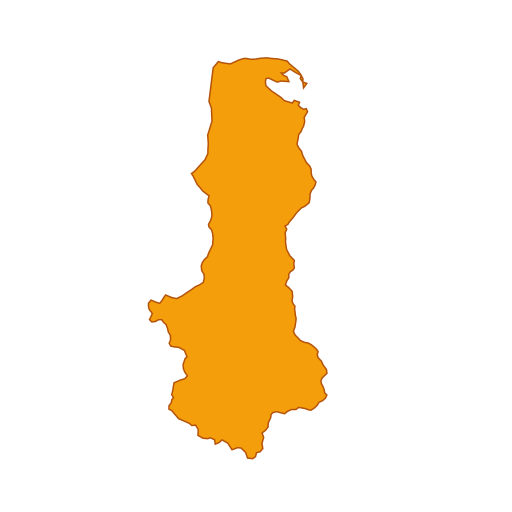 Eldorado do Sul, Rio Grande do Sul, Brazil, rotated 300°
{"feature_id": "56859067B84747380986217", "entity_name": "Eldorado do Sul", "entity_type": "district", "adm_level": 2, "iso_a3": "BRA", "parent_name": "Brazil", "parent_adm1": "Rio Grande do Sul", "projection": "robinson", "projection_center": [-51.49, -30.081], "detail": "fine", "context": "isolated", "style": "filled", "palette": "amber", "viewbox_px": 512, "rotation_deg": 300, "n_neighbors": 0, "source": "geoboundaries", "source_scale": "gbopen_adm2", "svg_char_len": 3641}
<svg xmlns="http://www.w3.org/2000/svg" viewBox="0 0 512 512"><g transform="rotate(300 256 256)"><path d="M88.5,357.4L92.6,358.2L94.8,356.4L96.8,354.8L100.1,354.0L102.7,353.4L105.8,349.7L109.8,351.4L114.0,351.9L117.7,350.0L121.0,349.8L123.6,349.5L126.2,348.3L128.9,348.9L131.5,351.7L133.7,359.6L137.4,361.1L140.7,363.4L143.1,367.4L146.1,368.6L147.2,371.2L148.6,375.3L149.0,378.1L149.9,380.7L153.2,382.4L157.1,383.6L160.7,383.7L164.2,386.1L167.7,387.2L171.0,386.9L171.7,384.1L174.2,381.9L176.2,379.6L178.0,376.7L180.1,374.8L183.0,374.2L186.5,375.1L189.9,376.1L193.0,373.7L195.0,368.9L197.7,365.1L199.0,360.5L201.3,358.3L204.2,357.6L205.5,355.1L206.2,352.0L206.8,348.6L206.8,345.0L205.4,341.0L205.0,336.5L206.0,333.6L207.1,329.3L209.6,326.0L213.9,325.3L216.9,324.1L219.3,323.2L222.1,321.9L224.0,320.0L226.5,318.2L229.3,316.0L232.0,314.8L233.2,312.0L235.1,309.6L239.2,308.1L243.5,304.9L245.1,299.8L245.6,296.0L249.8,295.1L253.6,295.3L256.5,293.5L259.5,293.6L262.3,295.0L264.7,295.2L268.1,292.7L271.4,291.3L272.3,288.1L273.1,285.3L275.0,282.3L276.8,279.4L279.9,276.8L283.2,274.3L286.2,272.9L288.4,271.2L290.8,269.6L294.6,269.2L296.4,266.2L299.4,267.8L302.0,267.8L307.9,268.9L313.4,269.5L317.5,270.5L320.4,271.3L322.9,273.1L325.6,274.3L328.7,275.4L333.1,273.8L336.9,271.7L340.8,271.3L343.9,271.9L347.0,271.7L350.1,270.9L351.3,267.6L353.4,264.1L355.8,262.1L358.8,260.3L360.8,257.5L362.1,253.0L365.0,248.4L366.7,245.9L369.4,243.1L371.2,238.8L373.1,235.8L375.5,234.8L378.4,233.9L382.5,232.3L386.6,232.8L389.2,232.3L392.1,232.3L396.7,231.0L400.0,228.5L403.7,228.4L406.7,228.5L408.8,225.8L406.9,224.1L406.8,220.8L407.7,217.2L410.9,216.9L409.9,211.3L406.6,211.0L404.7,202.9L405.8,198.3L406.7,186.6L408.4,179.4L411.8,176.9L414.6,176.0L416.4,177.8L417.2,187.4L420.0,190.2L423.5,197.3L426.7,192.9L426.2,190.1L427.1,186.5L428.7,189.1L435.0,192.0L434.7,198.3L434.9,205.0L437.1,200.5L438.0,195.4L438.7,191.5L439.2,188.5L440.4,185.7L438.8,180.2L437.6,176.4L435.0,171.0L432.8,165.9L429.1,160.5L426.3,157.2L423.8,153.2L422.3,149.0L420.8,146.5L417.0,143.0L413.6,140.6L409.6,137.8L407.9,133.9L406.2,129.3L405.6,126.2L397.6,124.8L366.3,138.0L361.9,143.4L350.7,150.5L336.6,153.7L329.3,158.6L324.0,161.2L320.7,163.1L313.8,163.7L308.8,162.6L303.1,161.4L299.4,160.7L295.1,158.9L293.7,161.8L288.5,169.4L287.2,173.5L285.7,177.2L285.1,181.4L284.6,185.4L281.6,186.0L278.0,187.7L276.5,191.6L273.3,194.6L270.5,196.7L267.9,198.1L263.5,199.0L259.7,199.0L257.6,200.8L256.4,204.5L253.6,207.3L249.9,210.0L243.8,212.9L235.1,213.5L231.0,214.3L227.2,213.1L223.7,212.8L220.1,213.5L216.2,216.3L214.3,219.9L211.0,222.3L206.7,223.5L202.9,221.6L199.0,218.8L194.7,216.9L189.0,214.1L184.7,212.1L179.5,208.6L178.0,204.4L177.0,197.2L174.6,196.9L171.4,196.9L166.8,196.3L165.9,191.9L165.3,187.1L161.3,186.5L158.7,188.0L156.4,190.1L154.4,194.9L151.1,195.4L147.7,195.5L146.8,198.6L148.8,201.5L152.2,203.5L153.7,206.2L152.4,209.0L151.6,212.6L149.1,215.5L146.4,218.0L144.4,221.6L140.5,224.0L137.1,224.4L135.3,227.3L136.5,230.9L138.3,234.8L138.4,241.3L134.1,246.7L131.7,245.9L125.6,247.1L122.2,249.4L119.9,252.3L117.9,256.5L114.1,255.7L111.0,252.7L105.2,248.4L101.0,249.9L97.9,251.2L93.8,252.3L91.9,255.5L89.5,254.9L86.7,256.0L82.9,255.5L79.8,257.2L80.0,260.3L76.4,270.4L77.3,277.5L77.7,282.0L77.1,285.2L79.3,288.2L76.9,292.7L71.6,295.4L71.7,301.3L73.7,305.6L75.7,307.2L76.2,312.0L72.7,314.8L76.1,317.4L79.8,318.5L79.8,325.2L76.2,332.1L80.9,336.0L82.2,339.1L80.7,345.2L76.8,349.7L78.8,354.5L82.0,355.9L85.9,354.8L88.5,357.4ZM430.0,209.6L425.4,213.1L430.9,213.7L430.0,209.6ZM430.0,209.6L432.9,208.1L434.9,205.0L431.8,205.6L430.0,209.6Z" fill="#f59e0b" stroke="#b45309" stroke-width="1.5"/></g></svg>